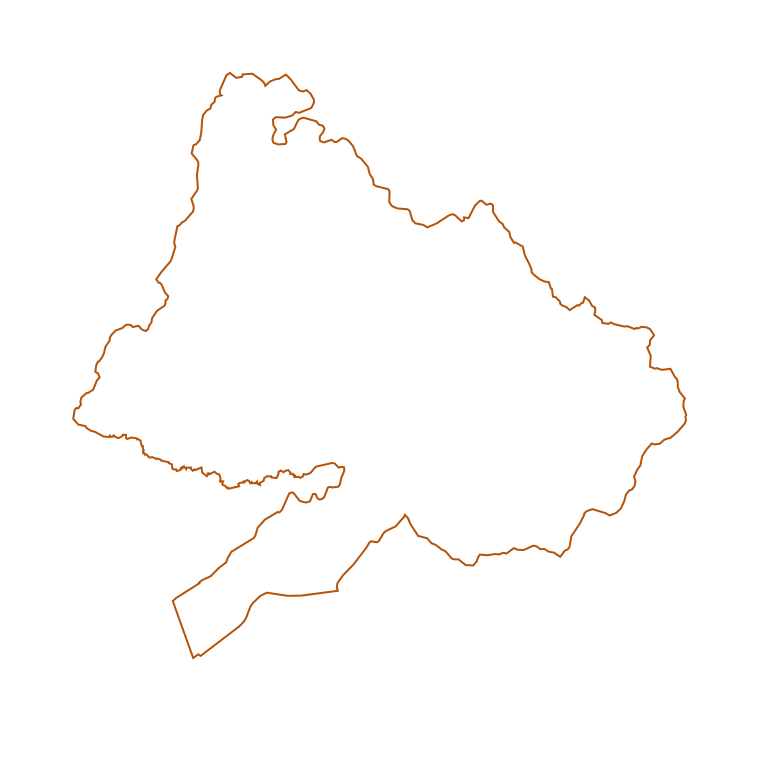 Sekyere Kumawu, Ashanti, Ghana, rotated 187°
{"feature_id": "2480657B32008532681061", "entity_name": "Sekyere Kumawu", "entity_type": "district", "adm_level": 2, "iso_a3": "GHA", "parent_name": "Ghana", "parent_adm1": "Ashanti", "projection": "equal_earth", "projection_center": [-1.235, 6.909], "detail": "fine", "context": "isolated", "style": "outline", "palette": "amber", "viewbox_px": 768, "rotation_deg": 187, "n_neighbors": 0, "source": "geoboundaries", "source_scale": "gbopen_adm2", "svg_char_len": 6147}
<svg xmlns="http://www.w3.org/2000/svg" viewBox="0 0 768 768"><g transform="rotate(187 384 384)"><path d="M83.6,406.3L89.6,412.2L91.9,416.6L92.8,422.3L94.2,425.0L96.4,426.8L101.6,434.0L110.0,431.9L115.2,433.0L116.8,432.2L122.1,433.6L122.7,444.5L127.2,452.2L125.0,455.3L125.2,459.8L121.9,465.2L126.3,470.7L129.7,472.1L135.1,472.2L138.2,470.3L140.7,470.2L141.8,469.1L149.6,471.0L152.7,470.3L163.4,471.5L166.3,472.8L168.5,471.1L174.6,471.1L175.5,474.0L183.7,478.3L183.2,481.8L183.8,485.7L187.0,486.9L190.6,491.9L195.3,494.6L196.3,489.0L198.0,488.2L200.0,485.6L201.6,485.9L208.7,480.0L212.5,482.6L216.8,483.7L218.9,485.2L219.5,487.4L224.1,491.0L227.0,491.3L228.8,498.6L230.0,499.1L232.8,505.2L237.3,505.3L242.5,507.0L249.5,511.3L251.2,513.3L251.5,515.7L254.0,520.1L259.8,528.7L263.0,537.3L271.0,540.6L272.2,539.9L276.4,545.1L278.2,550.2L283.8,554.1L285.7,557.3L289.5,559.3L296.9,568.2L297.6,574.4L298.4,575.3L300.1,576.0L304.3,574.4L309.5,577.9L311.5,577.1L315.3,572.5L320.3,558.9L324.8,559.2L324.5,556.4L326.7,554.9L334.1,560.2L336.8,560.9L340.2,559.2L351.5,549.7L360.0,544.8L364.6,546.7L372.3,547.3L375.8,550.0L379.6,558.9L381.8,560.3L392.3,559.9L397.3,561.4L399.2,563.0L401.0,565.3L401.8,574.7L402.4,576.9L403.7,577.9L415.7,579.4L418.5,580.6L419.9,586.0L423.8,590.7L426.4,597.5L434.1,604.9L438.6,606.9L443.7,616.3L448.5,620.9L452.0,622.7L455.6,622.9L460.3,618.5L462.4,618.1L465.8,620.0L473.0,616.5L476.9,617.3L477.8,619.6L477.6,622.4L475.3,626.0L474.2,630.3L476.2,632.9L480.1,633.4L483.1,636.5L496.4,638.5L499.9,636.9L501.4,635.1L504.5,626.1L512.8,619.7L510.2,612.2L511.2,610.2L518.2,608.9L523.0,609.9L524.3,612.1L524.6,614.5L524.2,617.7L522.1,623.2L525.3,627.4L526.5,632.8L524.1,635.6L514.2,636.4L507.7,639.4L504.8,643.2L501.3,642.8L489.7,649.2L487.8,654.7L488.4,658.0L492.6,663.5L496.7,666.2L500.4,664.4L504.3,665.1L513.5,674.8L519.1,679.2L525.5,674.0L529.0,673.2L534.2,670.2L538.1,665.5L539.8,668.4L542.6,670.6L552.4,675.9L562.0,674.1L562.3,671.6L568.0,669.9L574.9,674.0L578.1,671.1L582.4,656.6L582.7,654.2L581.7,651.4L580.5,650.7L585.5,648.6L586.4,647.3L586.6,643.2L589.3,640.5L589.9,636.2L593.2,633.9L596.2,629.2L596.7,624.0L596.0,611.4L596.6,603.7L599.6,599.2L602.2,597.7L603.0,589.3L597.2,583.9L595.5,581.8L594.9,578.4L595.2,568.8L592.6,555.7L593.0,553.4L597.8,544.3L594.5,537.0L594.3,533.7L594.6,531.8L601.5,521.7L604.2,519.7L606.4,516.5L608.3,515.5L609.5,501.2L609.4,498.3L607.8,494.7L610.1,482.2L610.8,479.8L618.9,467.6L622.8,460.2L620.3,457.2L618.4,456.9L616.7,455.4L612.6,448.2L608.9,444.9L609.2,442.2L611.1,440.0L610.7,437.7L611.3,435.1L618.2,429.0L622.2,421.2L622.3,416.9L624.4,412.9L624.7,409.9L626.9,407.5L631.0,408.6L634.8,411.9L640.3,409.9L642.6,411.7L645.3,411.7L647.5,411.1L650.4,407.7L657.0,404.3L660.3,399.8L661.7,397.0L661.7,393.6L665.0,387.0L665.7,380.5L667.0,376.2L669.5,371.8L670.7,371.3L671.9,367.5L672.0,360.9L669.1,359.6L667.1,355.8L669.4,352.5L672.0,342.9L676.5,339.2L678.1,338.8L682.7,333.7L683.2,329.3L682.2,327.0L684.4,322.6L686.5,322.7L687.9,320.5L688.2,311.5L682.5,306.5L675.2,305.8L673.6,303.9L668.8,301.7L665.3,301.4L656.1,297.8L650.5,297.8L649.7,299.3L649.2,298.4L647.6,298.3L645.9,300.1L644.7,298.8L640.9,297.9L637.3,300.5L637.0,301.8L633.9,302.1L633.4,298.7L632.1,298.2L628.5,300.0L622.9,300.0L622.4,298.9L621.0,299.2L618.7,298.1L617.9,295.1L616.5,292.7L615.8,292.9L615.4,290.5L614.4,289.0L615.2,288.1L614.6,286.2L613.8,286.5L612.9,284.7L611.1,285.2L608.0,282.4L604.9,283.2L601.2,281.9L600.6,282.4L596.1,281.6L595.6,280.8L588.0,280.1L588.0,279.2L584.7,278.4L583.9,274.5L582.6,273.6L579.8,273.9L579.1,272.4L575.6,273.8L575.1,275.1L575.6,275.6L573.2,277.5L573.2,276.5L572.2,277.5L570.2,275.6L570.3,276.8L565.3,277.5L565.4,276.3L563.2,274.6L561.6,276.2L561.0,275.5L555.0,278.9L553.7,274.1L548.7,270.8L547.8,272.3L548.2,273.7L546.9,274.1L546.1,273.2L541.6,276.3L539.1,274.6L536.6,274.2L534.7,270.4L535.0,266.4L534.2,267.8L531.8,267.7L532.4,265.7L531.9,264.3L529.4,263.6L527.5,261.8L526.3,262.3L525.7,261.1L515.4,264.8L516.4,267.0L515.0,268.4L511.0,269.2L511.3,270.3L510.0,270.2L508.3,272.0L506.1,271.3L504.6,269.2L503.7,269.3L503.4,270.5L502.1,269.6L499.5,269.8L498.1,271.8L497.1,269.2L494.7,268.6L495.2,270.7L491.6,273.3L491.6,275.6L489.1,278.1L484.7,278.6L484.3,277.5L479.2,277.6L477.9,281.2L477.9,284.0L475.9,285.5L472.9,284.2L471.3,285.9L468.3,286.8L466.2,284.6L466.1,283.2L464.2,283.8L463.2,282.8L462.6,283.2L462.1,281.8L461.2,282.0L461.3,280.7L457.6,281.5L455.7,280.6L453.3,282.3L452.7,284.9L450.3,284.6L446.3,286.6L441.6,293.6L426.5,299.1L423.5,299.3L418.9,295.5L416.5,296.5L413.4,296.5L412.9,292.9L415.0,285.2L415.5,279.2L416.8,276.5L422.9,275.0L425.7,275.3L427.1,274.3L429.5,264.6L431.2,262.5L433.9,261.5L436.1,262.4L438.6,266.5L441.1,266.1L443.2,258.5L446.9,256.8L453.3,257.6L460.7,265.0L462.8,265.0L464.8,263.7L469.9,246.7L472.2,243.8L474.1,243.9L485.8,234.8L491.9,225.8L493.2,218.0L494.4,215.3L515.1,198.8L518.0,192.0L518.9,187.8L525.9,180.8L532.6,172.1L540.5,167.2L543.3,164.5L542.9,163.8L564.1,146.4L567.2,142.8L540.0,88.8L535.4,93.0L532.9,91.8L498.2,125.7L494.4,130.7L492.4,134.8L489.6,146.3L487.5,150.6L480.8,158.7L474.9,162.6L453.9,162.0L440.2,163.9L404.7,173.1L406.1,176.5L406.0,180.6L401.2,189.4L392.4,200.9L381.6,219.3L379.2,224.8L377.8,226.3L371.5,226.1L369.8,227.8L366.2,236.1L364.1,238.4L355.2,244.0L347.7,254.9L347.4,256.6L344.0,254.0L340.8,248.3L331.6,237.4L322.3,236.1L317.4,231.7L313.0,230.6L306.9,226.9L302.7,225.6L295.9,219.4L293.8,218.5L288.6,219.0L280.8,214.2L273.3,214.8L270.4,219.2L269.3,223.9L268.0,226.4L260.5,226.6L253.0,228.8L249.2,228.8L245.1,231.0L241.7,230.7L235.2,236.9L231.1,235.8L225.2,236.2L216.0,241.8L212.9,241.5L208.6,239.1L204.8,239.8L200.0,237.7L194.7,237.3L188.0,234.0L184.3,240.5L181.3,242.5L180.0,244.9L179.5,255.7L172.7,269.1L169.3,278.6L169.5,279.9L167.6,282.3L161.9,285.2L148.3,282.8L144.0,281.0L137.9,284.3L133.8,289.1L131.3,296.9L130.4,303.7L127.8,308.0L125.0,309.5L122.8,313.6L122.6,318.0L124.5,322.7L122.1,330.0L119.7,334.2L118.9,343.9L115.5,351.0L110.9,357.6L108.1,357.0L103.1,358.2L98.9,363.0L92.9,365.6L86.6,372.6L80.7,381.4L79.8,384.7L80.9,388.6L80.2,390.0L84.1,397.8L84.5,403.3L83.6,406.3Z" fill="none" stroke="#b45309" stroke-width="2"/></g></svg>